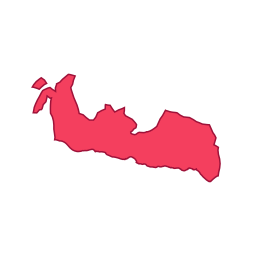 Kota Gunungsitoli, Sumatera Utara, Indonesia (Albers equal-area conic projection), rotated 137°
{"feature_id": "22746128B74256869593133", "entity_name": "Kota Gunungsitoli", "entity_type": "district", "adm_level": 2, "iso_a3": "IDN", "parent_name": "Indonesia", "parent_adm1": "Sumatera Utara", "projection": "albers", "projection_center": [97.596, 1.252], "detail": "fine", "context": "isolated", "style": "filled", "palette": "rose", "viewbox_px": 256, "rotation_deg": 137, "n_neighbors": 0, "source": "geoboundaries", "source_scale": "gbopen_adm2", "svg_char_len": 5433}
<svg xmlns="http://www.w3.org/2000/svg" viewBox="0 0 256 256"><g transform="rotate(137 128 128)"><path d="M189.7,169.4L188.6,168.5L188.5,168.2L187.9,167.3L186.8,165.2L185.8,164.2L185.4,163.6L185.0,163.0L184.7,162.2L184.3,161.2L184.0,160.1L183.9,159.4L183.8,158.5L183.8,156.3L183.9,153.2L183.8,152.1L183.7,151.3L183.7,151.0L183.6,150.8L183.6,150.5L183.3,149.3L183.1,148.9L182.9,148.4L182.7,147.8L181.8,146.4L181.4,145.7L180.9,145.2L179.8,144.2L179.2,143.8L178.8,143.5L178.4,143.2L177.8,142.9L177.0,142.6L176.5,142.3L176.2,141.9L176.0,141.7L175.3,141.2L174.9,140.9L173.8,139.8L172.9,139.2L172.2,138.8L171.9,138.7L171.3,138.4L170.5,138.0L169.9,137.6L169.3,137.3L168.7,136.8L168.3,136.3L168.1,136.1L167.9,135.0L167.9,134.6L167.7,134.3L167.8,133.9L168.1,133.5L168.1,133.1L168.0,132.9L167.8,132.8L167.7,132.8L167.1,132.6L166.8,132.3L166.7,132.1L166.4,131.7L166.2,131.6L165.7,131.2L165.5,130.5L165.4,130.4L165.1,130.1L164.9,129.7L164.6,129.5L164.3,129.4L164.1,129.3L163.7,128.8L163.4,128.5L163.1,128.4L162.9,127.8L162.7,127.7L162.4,127.3L161.7,126.2L161.4,125.7L161.3,125.3L161.3,125.1L161.5,125.0L161.6,124.6L161.6,123.6L161.6,123.1L161.5,122.8L161.0,121.7L160.7,121.1L159.6,118.4L159.1,117.4L158.5,116.9L157.7,115.9L157.5,115.7L157.3,115.4L156.6,114.3L155.8,113.1L155.7,112.9L155.5,112.5L155.0,111.8L154.8,111.1L154.6,110.7L154.3,110.3L154.1,110.0L153.5,109.0L153.3,108.8L152.9,108.4L152.2,107.8L151.8,107.1L151.6,107.0L151.3,107.1L151.1,107.2L150.7,107.2L150.5,106.8L150.4,106.6L150.1,106.3L149.9,106.2L149.7,106.3L149.4,106.3L148.8,106.2L148.4,106.0L148.1,105.9L147.9,105.9L147.7,105.9L147.3,105.9L146.9,105.8L146.4,105.6L145.6,105.1L145.2,104.7L145.0,104.4L144.9,104.1L144.8,103.5L144.6,103.1L144.5,102.8L144.3,102.7L144.3,102.1L144.1,101.4L144.0,100.9L144.0,100.4L144.1,100.1L144.2,99.8L144.1,98.7L144.3,98.5L144.4,98.0L144.7,97.6L144.8,97.4L145.2,97.2L145.4,97.2L145.4,96.8L145.3,96.7L145.0,95.9L144.9,95.6L144.8,95.3L144.7,95.2L144.7,94.8L144.5,94.5L144.2,94.1L143.9,94.0L143.6,93.5L143.3,93.4L143.0,93.0L142.7,92.5L142.6,92.1L142.1,91.5L141.5,91.1L141.1,91.1L140.9,90.9L140.2,90.0L140.0,89.7L139.8,89.2L139.8,88.8L139.9,87.9L139.8,87.1L139.5,86.6L139.2,86.3L139.1,85.9L138.9,85.7L138.7,85.1L138.5,84.8L137.9,84.0L137.5,83.6L136.9,83.1L136.8,82.9L136.6,82.7L136.4,82.5L136.2,82.4L135.9,81.7L135.3,81.1L135.2,80.9L135.1,80.6L134.8,80.4L134.6,80.2L134.3,80.0L133.6,79.7L133.1,79.7L132.8,79.7L132.2,79.4L131.5,78.7L131.3,78.2L131.2,77.9L130.9,77.6L129.8,76.7L129.3,76.5L128.9,76.3L128.2,75.8L127.1,75.3L126.8,75.1L126.6,74.8L126.3,74.3L126.0,73.9L125.8,73.5L125.6,73.0L125.2,72.6L125.0,72.2L124.8,71.4L124.5,71.1L123.9,69.8L123.7,69.7L123.4,69.7L123.2,69.5L123.2,69.3L123.2,69.2L122.1,68.0L122.0,67.9L122.0,67.5L121.9,67.2L121.3,66.6L120.9,66.3L120.6,66.1L120.2,65.8L119.7,65.5L119.4,65.2L118.8,64.7L118.5,64.5L118.2,64.0L117.8,63.1L117.9,62.9L117.6,62.2L117.6,61.8L117.4,61.6L117.5,61.3L117.5,60.9L117.5,60.7L116.9,59.6L116.7,59.2L116.3,58.7L116.0,58.5L115.8,58.2L115.7,58.1L115.4,58.0L115.2,58.0L114.4,57.7L113.8,57.6L113.5,57.6L112.9,57.1L112.6,57.0L112.4,57.0L112.2,57.1L111.8,57.4L111.4,57.1L111.1,56.9L110.8,57.1L110.5,57.0L110.3,56.8L109.9,56.2L109.7,55.7L109.5,55.4L109.2,54.8L108.6,54.0L108.6,53.9L108.6,53.7L108.8,53.7L108.8,53.3L108.8,53.2L108.4,52.6L108.1,52.3L107.5,52.0L107.1,51.7L106.6,51.5L106.3,51.5L106.0,51.4L106.1,51.2L106.4,50.7L106.4,50.3L106.0,49.1L106.0,48.7L105.9,47.5L106.0,46.5L106.4,44.7L106.3,43.3L106.4,41.1L106.2,38.9L106.0,36.5L105.8,35.7L105.6,34.8L105.2,33.5L105.0,33.3L104.8,33.3L104.6,33.3L104.4,33.2L104.3,32.9L104.2,32.6L103.9,32.5L103.3,32.6L100.2,32.6L98.8,32.5L97.4,32.4L96.5,32.2L95.5,32.0L94.7,31.5L92.0,33.7L88.3,36.2L85.0,39.1L82.1,42.9L79.9,47.0L77.3,50.5L75.1,52.2L76.0,55.5L76.6,57.1L70.4,60.8L69.5,63.8L69.1,66.7L66.3,74.8L68.2,76.9L70.9,80.1L72.3,83.3L73.7,86.0L74.5,89.5L75.9,93.7L79.8,98.2L80.2,99.4L80.6,100.4L81.1,101.9L81.3,102.8L81.5,104.3L81.7,105.5L82.2,106.3L83.3,107.6L84.2,108.6L85.1,109.7L86.4,111.5L86.9,112.5L87.3,113.1L87.6,113.7L88.2,114.6L88.5,115.4L90.9,114.6L94.2,113.5L98.2,112.7L105.9,109.5L109.3,109.8L111.7,110.2L113.9,110.8L116.2,111.8L116.9,112.5L118.5,113.1L119.8,114.0L122.8,117.2L124.2,117.7L126.4,117.9L127.7,118.6L129.0,120.6L129.5,122.1L128.8,123.2L126.6,122.9L124.6,123.3L122.0,122.8L120.8,123.6L119.5,124.6L119.2,126.1L119.1,128.0L119.0,131.4L121.5,138.7L121.0,141.5L118.9,143.1L116.7,145.4L119.0,146.1L122.5,147.6L125.6,148.4L126.8,148.8L126.4,152.5L125.6,156.8L127.2,158.6L128.5,160.5L128.9,160.3L131.7,157.4L135.6,158.8L139.8,159.8L143.9,158.0L145.3,157.7L146.9,157.5L147.8,157.3L150.8,160.1L151.5,164.2L151.8,168.2L153.8,171.9L151.6,175.6L149.7,179.5L146.9,187.2L143.5,194.5L142.3,196.6L138.7,197.8L135.2,200.2L131.2,202.1L132.7,204.6L134.1,206.8L135.1,207.9L142.7,208.3L146.7,208.0L150.1,209.0L150.3,208.7L153.8,206.8L156.0,204.2L157.0,207.9L157.4,210.8L159.5,211.9L163.4,213.2L164.9,213.5L167.5,212.8L171.4,211.4L175.2,210.2L179.0,208.7L182.5,207.0L185.7,204.6L186.9,203.8L184.4,201.3L180.3,201.7L178.7,200.5L177.5,200.8L174.1,202.9L170.1,203.2L166.7,205.5L165.3,206.6L164.6,202.8L163.5,202.2L166.1,200.4L169.1,197.6L171.9,194.7L174.6,191.6L175.7,187.7L177.7,184.0L180.3,180.6L183.0,177.7L185.3,174.4L187.8,170.9L189.7,169.4ZM159.4,216.8L157.1,216.1L156.4,220.0L157.2,223.9L159.4,224.2L163.4,224.5L167.3,224.0L170.1,223.2L169.2,222.1L167.2,218.6L166.5,216.9L163.4,217.0L159.4,216.8Z" fill="#f43f5e" stroke="#9f1239" stroke-width="1.5"/></g></svg>